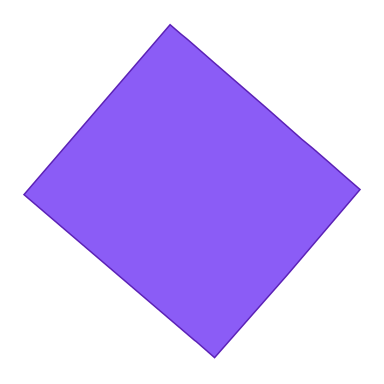 the district of Comanche, Kansas, United States of America, rotated 221°
{"feature_id": "52423323B46228321496043", "entity_name": "Comanche", "entity_type": "district", "adm_level": 2, "iso_a3": "USA", "parent_name": "United States of America", "parent_adm1": "Kansas", "projection": "albers", "projection_center": [-99.341, 37.192], "detail": "fine", "context": "isolated", "style": "filled", "palette": "violet", "viewbox_px": 384, "rotation_deg": 221, "n_neighbors": 0, "source": "geoboundaries", "source_scale": "gbopen_adm2", "svg_char_len": 432}
<svg xmlns="http://www.w3.org/2000/svg" viewBox="0 0 384 384"><g transform="rotate(221 192 192)"><path d="M106.3,304.2L129.1,304.2L143.9,303.8L189.4,304.2L203.1,304.2L258.3,304.1L260.4,304.1L295.4,304.2L304.8,303.9L318.3,303.9L317.1,79.8L312.4,79.8L92.8,81.7L90.8,81.9L66.3,81.8L65.7,191.9L66.8,304.1L81.9,304.1L84.0,304.1L84.7,304.1L85.7,304.1L93.2,304.1L106.3,304.2Z" fill="#8b5cf6" stroke="#5b21b6" stroke-width="1.5"/></g></svg>